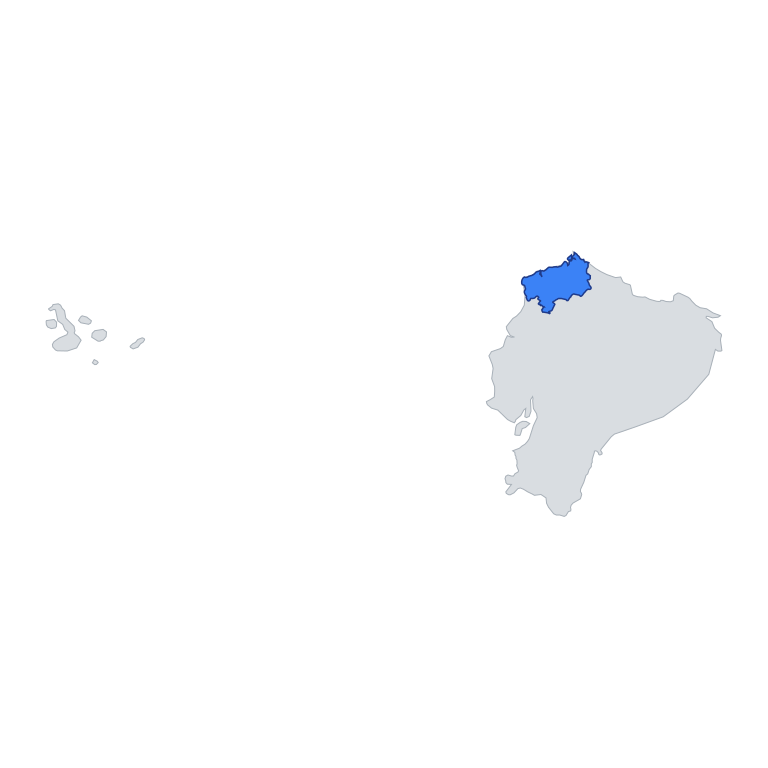 location of Esmeraldas within Ecuador
{"feature_id": "ECU-1335", "entity_name": "Esmeraldas", "entity_type": "Province", "adm_level": 1, "iso_a3": "ECU", "parent_name": "Ecuador", "parent_adm1": "", "projection": "albers", "projection_center": [-79.299, 0.692], "detail": "fine", "context": "in_parent", "style": "filled", "palette": "blue", "viewbox_px": 768, "rotation_deg": 0, "n_neighbors": 0, "source": "natural_earth", "source_scale": "10m", "svg_char_len": 8301}
<svg xmlns="http://www.w3.org/2000/svg" viewBox="0 0 768 768"><path d="M720.4,315.7L718.1,317.2L712.5,317.8L708.0,316.4L706.3,316.4L706.1,317.8L711.9,321.6L714.6,328.2L718.7,332.2L721.3,334.2L721.5,335.6L720.7,338.2L720.5,340.4L721.9,350.5L721.0,351.1L717.9,351.1L715.4,349.4L708.8,374.3L687.4,399.1L663.2,416.8L635.1,427.0L614.4,434.1L611.2,436.8L601.1,449.2L600.6,450.5L602.0,452.6L602.1,453.9L600.6,454.8L599.3,454.9L598.7,454.2L598.3,452.7L596.9,451.2L595.3,450.8L594.4,451.2L594.3,452.5L592.2,459.3L592.2,462.5L591.3,463.8L591.3,466.7L589.2,469.4L587.7,473.9L586.0,475.3L583.8,482.3L580.6,489.2L580.4,491.6L581.4,493.2L581.7,494.6L580.4,498.8L573.1,503.0L571.2,505.1L570.5,507.4L570.9,509.3L570.7,510.9L568.4,511.6L566.0,515.5L564.2,516.4L559.7,515.0L556.3,515.0L553.7,513.8L548.5,507.2L546.6,503.3L546.0,497.9L541.0,494.5L534.4,495.3L532.4,494.1L527.6,491.8L523.4,489.2L520.3,488.0L517.9,488.6L513.9,492.9L510.2,494.8L508.5,494.7L506.3,493.4L505.8,491.9L511.5,484.4L507.3,484.2L505.9,482.6L505.7,480.7L505.0,478.7L505.8,476.2L508.0,475.0L511.3,476.0L513.5,476.0L515.0,473.7L518.0,472.0L518.6,470.8L517.1,467.1L516.6,465.1L517.1,464.0L516.9,460.0L516.0,458.5L515.9,456.3L515.1,455.1L514.8,452.3L512.7,450.8L519.5,448.2L521.9,446.1L525.0,444.2L527.6,441.3L529.3,438.6L533.4,425.7L537.2,417.6L536.6,413.7L533.4,408.5L532.7,400.7L533.0,398.4L532.6,396.6L530.5,399.8L531.0,411.2L529.2,416.4L526.5,417.6L524.8,416.7L525.8,408.4L523.9,409.9L520.8,415.5L515.8,419.7L515.5,421.1L514.3,422.8L510.5,421.2L507.5,419.5L497.8,410.1L491.5,408.1L487.6,404.9L486.8,403.5L486.4,401.6L490.3,399.6L494.3,397.0L494.7,391.1L494.6,386.5L491.7,378.7L493.1,368.5L492.3,364.5L488.9,355.9L491.4,351.7L500.4,348.6L503.3,346.5L505.3,339.7L507.4,335.7L511.4,337.3L514.5,337.1L510.3,335.6L506.8,329.5L506.3,326.7L512.9,318.4L516.4,316.2L520.7,311.8L524.3,305.2L525.1,294.7L523.7,287.2L522.5,279.3L524.7,277.2L530.1,276.2L534.6,273.6L536.8,271.2L542.1,271.6L548.2,267.9L557.9,266.1L571.4,261.9L574.4,258.2L573.1,251.6L578.1,255.6L580.4,258.7L587.4,262.2L595.6,268.5L601.0,271.7L606.9,274.6L615.5,277.6L620.7,277.0L622.9,281.8L624.9,283.2L629.8,284.7L630.4,285.3L632.3,294.0L633.3,295.3L637.6,296.7L642.8,297.2L645.0,296.9L649.6,299.3L656.7,301.3L659.2,301.5L660.4,301.2L660.8,300.3L662.9,300.4L666.0,301.5L670.5,301.8L673.3,300.7L673.8,295.9L674.9,294.8L678.0,293.0L679.7,293.3L688.0,297.2L689.8,298.5L691.9,301.2L695.8,305.2L700.1,307.7L706.6,308.8L713.0,312.9L720.4,315.7ZM62.0,308.0L64.5,310.7L65.8,318.2L74.0,326.3L75.0,330.8L74.2,332.8L74.6,333.7L78.5,336.8L81.1,340.2L76.7,347.9L67.3,351.0L57.4,350.8L55.5,350.0L52.8,347.0L52.4,344.4L53.9,341.8L59.1,338.1L66.9,334.7L67.9,332.1L64.8,329.5L62.7,324.4L57.8,320.8L55.5,309.9L53.9,309.4L50.5,310.8L48.8,309.5L48.6,308.8L52.2,306.4L53.0,304.6L58.3,303.8L60.6,305.2L62.0,308.0ZM100.2,341.2L98.1,341.2L91.7,337.2L92.2,333.3L94.8,330.7L103.1,329.4L106.5,331.9L106.1,336.6L103.3,340.0L101.0,340.6L100.2,341.2ZM520.6,433.8L519.9,435.4L515.9,435.2L514.8,434.7L515.8,427.2L516.8,424.7L520.1,422.4L522.7,421.3L526.2,421.5L529.8,423.6L525.5,427.5L522.2,428.6L520.6,433.8ZM55.4,327.9L51.3,328.6L47.8,327.1L46.4,324.9L46.1,321.7L46.4,320.6L54.1,319.5L56.6,322.2L56.5,326.3L55.4,327.9ZM137.9,347.2L133.1,348.9L130.4,347.3L130.1,346.3L132.8,343.7L135.5,342.4L137.8,339.5L142.2,337.8L143.4,338.2L144.3,338.8L144.6,339.8L143.1,342.1L140.5,343.8L137.9,347.2ZM90.6,323.1L88.6,324.3L80.9,322.8L78.5,320.4L80.5,317.1L82.1,315.8L86.8,317.1L91.4,320.8L90.6,323.1ZM96.3,364.5L94.7,364.6L92.4,362.8L94.2,359.6L97.4,361.3L98.2,362.6L96.3,364.5ZM571.1,260.0L568.7,260.3L567.7,258.3L570.5,256.0L571.4,255.6L571.1,260.0Z" fill="#d9dde1" stroke="#a8b0b8" stroke-width="1"/><path d="M574.4,252.5L576.8,254.2L577.6,255.4L578.9,256.4L579.3,257.1L579.7,258.0L580.3,258.8L581.1,259.4L582.1,259.7L582.7,259.6L583.3,259.4L583.7,259.5L583.8,260.3L583.9,260.8L584.8,261.7L585.0,262.3L585.6,262.0L586.2,261.9L588.5,262.5L588.8,262.7L588.1,263.3L588.0,263.6L588.0,264.2L588.1,264.9L588.1,266.3L587.9,267.2L586.9,268.7L586.6,269.5L586.5,271.9L586.6,272.6L586.9,273.4L587.1,273.5L587.6,274.0L588.0,273.9L588.7,274.3L589.4,275.1L590.1,275.6L590.3,275.7L590.2,277.2L590.3,278.0L590.2,278.6L589.9,279.1L589.6,279.4L589.3,279.6L589.0,279.7L588.2,279.7L587.8,279.8L587.4,280.0L587.3,280.3L587.4,280.7L588.7,282.9L588.9,283.3L589.2,284.6L589.3,285.0L589.6,285.4L590.7,286.8L591.0,287.4L591.1,288.0L590.9,288.6L590.7,288.9L590.4,289.1L590.0,289.3L589.4,289.4L589.0,289.4L588.4,289.2L588.0,289.3L587.6,289.4L586.3,290.4L586.0,290.7L585.4,291.6L584.0,293.0L582.7,294.8L582.0,295.6L581.3,296.1L581.0,296.2L580.7,296.3L580.5,296.2L580.1,295.9L579.5,295.4L579.2,295.2L578.9,295.0L578.5,295.0L578.1,294.9L577.2,294.8L576.7,294.6L575.3,294.4L574.1,294.0L573.6,294.0L573.1,294.2L572.3,294.7L571.9,295.1L571.3,295.7L571.1,296.0L571.0,296.3L571.0,296.5L570.9,296.8L570.4,297.1L569.6,298.0L568.3,300.1L568.0,300.4L567.8,300.6L567.6,300.6L566.9,300.6L566.2,299.8L566.0,299.6L565.7,299.5L561.4,298.5L560.3,298.5L559.3,298.5L558.7,298.5L558.2,298.6L557.0,299.4L556.6,299.6L556.1,299.8L555.7,300.0L554.8,300.8L554.2,301.1L553.4,301.5L553.1,301.7L552.8,302.1L552.8,302.3L553.0,302.6L554.0,303.3L554.4,303.6L554.7,304.0L554.8,304.2L554.8,304.5L554.7,304.7L554.2,305.5L553.7,306.7L553.2,307.6L552.3,309.7L552.1,310.1L551.5,310.7L551.0,310.9L549.9,311.2L549.5,311.4L548.8,311.6L548.7,311.8L548.8,312.1L549.2,312.7L549.4,312.8L549.5,312.8L549.9,312.8L550.0,313.0L549.8,313.4L549.6,313.5L549.4,313.6L549.0,313.3L548.7,313.1L548.2,313.0L547.0,312.7L544.5,312.3L543.6,312.1L542.8,312.2L542.1,311.1L542.0,310.9L542.0,310.5L542.0,310.4L541.9,310.0L541.8,309.9L541.9,309.7L542.0,309.4L542.2,309.2L542.4,309.2L542.5,309.1L542.6,308.9L542.7,308.7L542.7,308.3L542.9,308.1L543.9,306.9L544.0,306.9L543.9,306.8L543.9,306.7L543.7,306.7L543.2,306.6L542.9,306.5L542.1,305.7L541.8,305.4L541.6,305.3L541.5,305.2L541.2,305.3L540.9,305.6L540.7,305.6L540.4,305.3L540.4,304.6L540.3,304.4L540.2,304.4L539.8,304.4L539.7,304.5L539.4,304.6L539.2,304.6L538.6,304.1L538.4,303.9L538.4,303.7L539.2,302.5L539.4,302.2L539.6,301.9L539.8,301.7L540.1,301.5L540.3,301.3L540.4,301.1L540.5,301.0L540.5,300.9L540.4,300.8L540.4,300.7L540.2,300.6L538.2,299.4L538.1,299.2L537.9,299.0L537.9,298.8L537.9,298.6L538.0,298.3L538.0,298.2L538.6,297.5L538.7,297.4L538.7,297.2L538.2,296.7L537.8,296.3L537.6,296.2L537.4,296.2L537.1,296.1L536.8,296.2L536.3,296.4L536.1,296.6L535.9,296.7L535.0,297.7L534.6,298.0L534.3,298.1L533.8,298.3L533.0,298.4L532.3,298.5L530.9,298.4L530.7,298.5L530.4,299.2L530.2,299.6L530.1,300.0L529.9,300.1L529.8,300.3L529.6,300.5L529.2,300.8L528.9,300.9L528.6,300.9L528.3,300.9L528.0,300.8L527.8,300.6L527.2,299.9L526.2,297.4L526.4,296.9L526.5,296.5L526.4,296.0L526.2,295.7L525.6,295.1L524.7,293.5L524.4,292.7L524.3,291.9L524.4,291.0L524.7,290.5L525.0,290.1L525.4,289.4L525.5,288.6L525.2,287.7L525.0,287.0L524.7,285.8L524.3,285.4L523.7,285.0L523.0,284.9L522.4,284.7L522.1,284.2L521.8,283.6L521.7,283.0L521.7,281.2L522.2,279.5L523.1,278.0L524.3,277.0L525.0,277.4L525.6,277.4L526.9,277.3L527.6,277.1L528.4,276.4L528.9,276.2L529.5,276.1L530.5,275.7L531.8,275.5L532.6,274.9L533.1,274.8L533.4,274.6L534.7,273.6L535.0,273.3L535.5,272.6L535.8,272.3L536.8,271.8L539.3,271.0L540.3,270.3L540.6,270.7L540.6,271.1L539.8,273.6L539.9,274.3L540.3,274.6L540.7,274.9L541.2,275.4L541.7,276.5L542.0,276.8L541.3,274.9L540.8,274.5L540.6,274.2L540.9,273.6L540.9,273.4L540.8,272.4L540.9,271.6L541.3,271.0L542.0,270.6L543.8,271.1L545.7,270.0L548.5,267.4L549.4,267.2L552.3,267.4L552.7,267.3L553.6,267.0L554.0,266.9L555.1,266.9L555.7,266.8L556.1,266.6L557.1,267.1L558.3,266.9L559.5,266.5L560.5,266.3L561.3,265.9L564.4,261.8L565.0,261.5L566.0,261.8L566.8,262.5L567.3,263.3L567.6,264.3L567.7,265.5L568.4,265.1L568.9,264.5L569.1,263.7L569.2,261.9L569.4,261.4L569.8,261.0L570.2,260.4L570.4,260.7L570.6,260.9L571.0,260.9L571.4,260.7L571.7,260.3L571.8,260.0L571.8,259.7L571.9,259.3L572.6,258.5L573.3,258.4L575.0,259.0L574.7,258.4L574.0,258.2L573.1,258.1L572.5,257.8L572.2,257.3L572.3,256.7L572.7,256.2L574.2,254.7L574.5,254.2L574.4,253.5L574.3,253.0L574.4,252.5ZM571.4,255.0L571.4,255.4L571.4,255.7L571.6,256.1L571.7,257.5L571.5,259.2L570.9,260.3L569.9,259.8L569.5,260.3L569.1,260.7L568.3,260.0L567.6,259.4L567.5,258.6L568.1,257.7L571.4,255.0Z" fill="#3b82f6" stroke="#1e3a8a" stroke-width="1.5"/></svg>